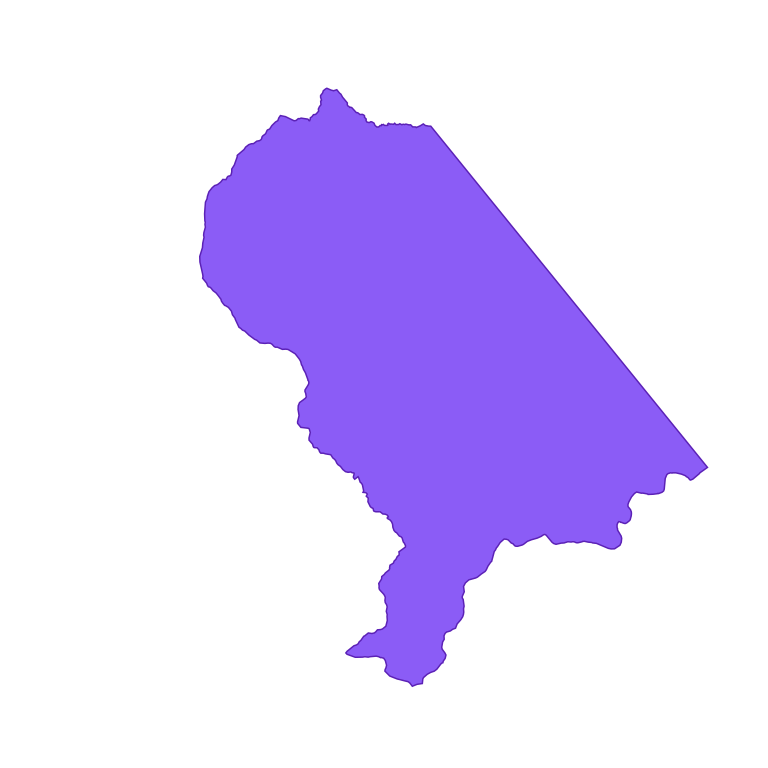 Sarapiqui, Heredia, Costa Rica (Mercator projection), rotated 141°
{"feature_id": "36466004B54791236061025", "entity_name": "Sarapiqui", "entity_type": "district", "adm_level": 2, "iso_a3": "CRI", "parent_name": "Costa Rica", "parent_adm1": "Heredia", "projection": "mercator", "projection_center": [-83.949, 10.488], "detail": "fine", "context": "isolated", "style": "filled", "palette": "violet", "viewbox_px": 768, "rotation_deg": 141, "n_neighbors": 0, "source": "geoboundaries", "source_scale": "gbopen_adm2", "svg_char_len": 6171}
<svg xmlns="http://www.w3.org/2000/svg" viewBox="0 0 768 768"><g transform="rotate(141 384 384)"><path d="M403.1,641.0L405.0,639.3L408.3,637.7L416.3,629.2L420.7,623.3L420.9,622.4L422.7,620.7L424.1,618.3L428.7,615.0L430.6,613.1L431.5,611.3L436.2,607.5L439.3,604.2L446.9,599.1L450.3,594.6L455.7,583.7L456.9,581.6L458.4,580.3L458.4,574.0L459.2,571.5L459.3,570.1L458.4,568.9L458.1,567.6L458.1,564.1L457.2,560.4L457.2,557.6L457.4,552.4L458.1,551.0L458.4,548.9L458.4,545.4L457.9,544.8L456.7,541.5L456.7,536.7L458.2,533.2L458.4,528.7L458.9,527.8L461.0,519.3L460.4,517.6L460.1,515.0L458.9,512.8L458.2,507.0L456.4,500.1L455.4,498.2L454.6,494.0L451.0,490.5L448.4,488.8L446.6,487.1L446.0,485.4L445.8,482.3L445.3,481.0L443.7,479.7L441.2,474.9L438.4,472.9L436.8,471.2L434.0,463.3L434.1,456.9L434.6,453.9L436.0,450.9L436.2,449.2L437.4,446.0L438.0,442.2L440.4,435.3L440.8,434.8L440.8,433.7L441.5,432.4L442.5,431.5L444.1,430.8L449.1,429.1L450.1,428.0L450.8,425.9L452.5,422.9L454.0,422.4L461.3,422.7L464.3,421.1L466.8,418.3L469.9,412.9L475.1,408.9L475.9,407.7L475.9,402.6L471.0,397.6L470.4,396.7L470.4,396.1L471.8,392.7L476.3,389.2L477.6,387.5L477.4,382.2L478.3,380.1L478.5,379.0L478.2,378.4L476.1,376.5L476.0,373.8L476.7,371.9L476.7,370.1L474.7,368.4L473.4,366.5L469.9,362.6L470.3,358.7L469.8,356.6L469.8,354.9L470.5,352.1L470.5,350.2L469.7,347.4L469.8,343.4L469.1,340.1L467.5,338.0L465.1,336.5L464.7,335.2L463.4,333.8L463.7,333.0L466.4,331.0L466.7,330.1L466.7,328.4L462.5,328.3L462.8,326.7L464.3,322.7L464.0,321.2L464.2,319.3L467.1,313.7L468.5,313.0L466.7,311.2L466.3,310.2L466.3,308.9L468.4,308.0L468.1,305.2L470.6,302.6L471.8,297.4L471.6,295.9L470.8,294.2L471.8,292.1L471.8,291.3L470.8,289.9L467.4,287.1L466.7,283.7L465.0,282.1L464.0,280.3L464.0,278.6L464.2,278.0L465.4,278.2L466.0,277.4L464.9,274.6L464.8,272.4L465.5,269.8L467.3,267.0L468.4,263.9L468.3,261.6L467.8,260.7L467.8,256.2L466.9,254.6L466.8,253.0L468.4,249.1L468.4,247.3L469.1,244.7L470.0,243.8L478.0,244.2L479.1,242.4L480.0,241.6L482.2,241.6L485.0,240.3L487.6,240.0L489.4,238.9L493.4,239.4L495.3,237.7L495.7,237.0L497.0,236.3L501.9,236.3L503.6,235.8L506.9,235.8L508.6,234.0L513.6,232.3L514.9,230.1L516.2,228.7L516.9,227.1L516.5,220.5L517.0,218.1L517.4,217.2L519.4,215.3L520.6,213.3L520.9,210.8L521.8,208.8L525.3,205.9L526.6,202.8L527.9,201.5L530.3,198.1L535.0,194.6L539.4,194.6L541.2,195.3L543.8,197.1L546.3,196.6L548.1,196.6L550.4,197.7L552.9,200.4L557.5,200.4L558.5,200.7L563.4,199.3L565.4,199.3L567.5,198.4L569.5,198.5L572.1,199.5L581.0,199.5L582.9,199.0L582.8,197.2L578.3,189.7L572.5,185.2L570.5,184.1L568.2,181.7L566.4,180.8L561.3,177.4L559.8,175.5L558.9,173.5L558.3,173.2L556.8,171.1L557.0,168.3L559.0,163.8L561.1,162.2L562.8,161.4L564.0,160.3L563.3,153.4L559.4,146.5L552.5,137.3L552.1,135.2L552.2,131.3L547.3,129.8L542.7,127.1L539.4,130.4L538.0,131.0L533.1,131.2L529.2,130.5L525.7,129.2L522.4,129.1L516.2,130.6L514.6,130.7L513.7,130.3L512.4,131.3L509.1,132.3L506.4,134.4L505.9,136.8L505.7,141.2L504.8,143.1L500.8,146.6L497.9,147.7L495.9,150.5L493.6,151.7L491.6,151.9L487.8,150.3L485.1,150.2L482.1,149.2L478.2,151.5L472.6,152.5L469.3,153.6L467.2,155.0L465.6,156.5L463.6,159.3L461.6,160.9L458.0,166.8L457.9,168.1L457.4,169.1L456.6,169.8L452.4,172.0L449.6,176.6L445.9,178.2L441.3,178.4L434.9,175.6L432.9,175.1L428.0,175.1L423.4,174.7L421.5,175.2L417.9,177.0L413.2,178.4L412.0,178.4L403.8,184.4L401.8,184.9L399.6,186.0L398.5,186.1L393.5,187.7L388.7,187.9L388.2,187.9L386.6,186.3L385.6,184.7L385.2,180.4L384.3,178.7L384.2,176.0L383.6,174.9L382.3,173.8L377.9,171.9L376.4,171.6L371.6,171.5L367.5,170.2L361.9,167.8L357.9,166.7L354.7,166.4L353.6,165.8L353.1,164.4L353.0,155.2L352.5,153.2L351.2,151.2L346.2,148.7L344.2,147.2L340.4,145.7L338.0,143.4L337.1,143.0L335.6,141.8L334.5,139.7L333.3,138.6L329.3,136.7L328.8,136.7L327.2,135.6L324.9,132.7L322.3,130.1L321.9,129.2L319.2,126.5L313.1,115.1L311.3,112.9L308.5,110.8L302.1,110.2L299.2,111.7L296.4,114.5L295.4,116.6L294.4,123.6L293.7,124.3L293.1,125.9L291.4,128.0L289.6,129.0L288.1,129.3L287.1,128.0L287.1,127.5L286.3,126.8L286.2,126.3L284.9,124.3L284.0,123.6L282.4,123.3L279.2,123.3L278.1,123.6L274.9,125.9L273.4,127.4L272.3,128.9L271.5,131.3L271.5,135.1L270.4,136.7L268.1,138.2L262.7,140.5L258.3,141.3L255.7,141.1L252.8,137.3L251.5,136.3L248.3,132.6L248.3,132.0L244.1,128.9L240.4,126.6L239.9,126.6L239.7,126.1L236.1,124.9L234.0,124.9L232.4,125.9L224.9,133.6L221.2,135.6L219.6,135.6L217.1,134.6L216.2,133.5L215.7,133.4L213.0,131.2L209.5,126.7L207.4,122.9L207.4,121.9L206.6,119.9L206.6,117.1L206.2,116.4L203.8,115.7L195.2,115.9L194.6,116.2L185.1,115.6L185.4,554.9L187.0,556.3L189.2,558.9L189.8,561.4L193.1,561.8L197.5,563.0L197.5,563.7L200.0,565.9L200.0,567.8L200.3,568.8L201.5,569.6L203.4,572.2L204.6,572.6L205.6,573.8L207.0,574.3L207.9,576.3L209.4,576.5L211.5,578.1L211.6,579.9L213.1,579.8L215.2,581.9L215.8,582.0L216.3,583.7L217.5,583.7L218.0,582.8L218.8,582.9L220.9,584.7L221.1,586.1L221.9,586.3L222.6,587.1L223.4,586.5L224.4,587.3L226.3,587.1L227.8,588.2L228.3,590.6L227.6,593.0L228.4,595.2L229.1,596.1L231.0,596.5L232.4,598.2L232.2,600.0L231.1,601.1L231.3,603.6L230.4,604.5L230.4,605.5L231.0,607.0L233.1,608.6L233.7,611.4L234.7,612.3L235.1,619.0L235.7,620.1L236.6,620.5L236.6,621.7L237.1,623.1L236.8,624.1L235.6,625.5L235.7,633.0L235.1,636.4L235.5,638.0L235.5,642.4L238.6,643.6L240.1,645.6L242.3,649.8L243.8,650.1L246.6,650.1L248.6,648.8L251.7,648.1L252.8,646.8L253.9,644.0L254.2,643.7L255.2,643.7L257.2,640.7L259.5,640.2L262.0,639.0L263.1,637.2L266.6,636.6L267.8,636.7L269.3,637.7L271.7,637.1L273.8,637.2L274.7,636.1L276.1,635.4L276.6,636.1L276.3,636.5L276.5,637.8L281.1,642.8L283.0,643.5L283.6,644.2L286.5,644.1L288.2,645.1L292.3,653.8L295.6,657.8L298.3,657.0L300.8,655.5L303.4,655.9L308.5,655.4L312.5,654.1L314.3,654.7L315.2,654.7L318.5,653.0L322.1,653.1L323.3,652.8L324.8,651.6L325.9,651.3L327.5,651.4L330.1,652.8L334.1,652.9L335.9,654.2L338.4,655.1L342.4,655.2L345.2,654.3L353.8,654.1L354.5,653.8L355.0,653.0L362.5,648.4L367.0,646.9L368.9,644.6L371.4,642.7L373.0,642.8L374.2,643.5L375.3,643.5L378.2,642.3L380.5,644.4L383.9,643.7L387.3,643.7L388.8,644.0L390.7,644.8L393.9,644.7L399.0,643.6L403.1,641.0Z" fill="#8b5cf6" stroke="#5b21b6" stroke-width="1.5"/></g></svg>